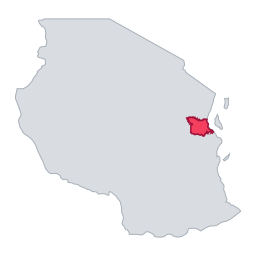 Bagamoyo, Pwani, United Republic of Tanzania shown in context
{"feature_id": "72390352B29680200356010", "entity_name": "Bagamoyo", "entity_type": "district", "adm_level": 2, "iso_a3": "TZA", "parent_name": "United Republic of Tanzania", "parent_adm1": "Pwani", "projection": "mercator", "projection_center": [38.556, -6.309], "detail": "fine", "context": "in_parent", "style": "filled", "palette": "rose", "viewbox_px": 256, "rotation_deg": 0, "n_neighbors": 0, "source": "geoboundaries", "source_scale": "gbopen_adm2", "svg_char_len": 7648}
<svg xmlns="http://www.w3.org/2000/svg" viewBox="0 0 256 256"><path d="M88.1,189.7L84.8,188.0L81.8,186.9L79.3,185.8L78.2,184.6L75.9,184.2L74.0,184.0L72.1,182.9L68.3,182.5L67.9,181.8L67.8,180.2L67.2,179.8L65.8,179.4L64.3,179.4L63.4,179.6L62.9,179.5L61.7,178.6L60.5,177.4L60.1,175.5L58.3,174.3L56.4,173.4L50.8,173.5L49.9,173.2L48.6,172.2L47.1,170.6L45.8,168.8L44.7,166.4L43.6,163.1L37.3,149.9L36.6,147.5L35.4,144.7L33.3,141.3L31.2,138.8L28.3,136.5L25.0,134.3L23.2,132.7L19.8,126.6L19.1,123.7L18.5,120.7L18.7,119.5L20.9,115.6L21.1,114.6L20.8,113.1L19.8,110.0L18.5,106.3L15.8,99.5L15.4,97.8L15.4,96.5L17.0,89.7L17.0,88.7L23.3,88.8L28.0,85.8L32.0,81.3L32.8,79.5L34.5,76.6L36.1,75.1L36.7,74.1L37.6,71.3L39.8,69.3L41.8,67.8L41.4,66.8L41.7,66.4L42.8,65.6L45.0,64.9L45.5,63.4L45.4,61.7L45.1,60.7L45.2,59.6L44.8,59.0L43.4,58.9L41.3,58.0L39.5,57.7L38.3,57.2L37.8,56.8L37.6,55.8L38.6,53.1L37.6,52.1L39.8,47.7L40.2,47.2L41.0,47.1L42.3,46.7L43.5,46.4L44.5,46.6L45.2,46.4L45.8,45.9L46.3,44.5L46.8,42.0L46.5,40.0L45.6,38.4L45.4,36.1L45.8,32.9L45.5,30.3L44.5,28.1L43.4,26.9L41.8,26.3L39.3,23.1L38.6,21.5L38.7,20.5L39.6,20.1L41.1,20.3L42.6,19.9L44.0,19.0L45.4,18.8L46.1,18.9L109.5,18.9L183.6,60.3L183.9,60.8L184.5,64.3L184.4,65.5L183.2,67.6L182.9,68.7L182.9,69.4L183.2,69.7L184.1,69.8L185.0,70.3L185.3,70.7L185.9,72.2L186.7,73.0L214.9,93.3L215.5,93.6L215.1,95.3L213.5,99.5L213.4,101.2L212.8,103.2L212.2,104.6L210.6,110.4L209.2,112.6L207.4,117.7L207.1,121.6L208.1,124.4L208.5,126.9L210.7,129.5L212.4,130.4L213.6,131.5L215.7,134.1L216.9,136.8L220.6,138.1L222.1,141.0L221.5,143.1L219.8,144.8L218.2,147.5L216.9,151.1L216.8,156.6L217.7,155.8L219.7,157.1L220.0,161.2L217.9,165.9L217.3,168.1L217.2,170.0L218.7,175.7L220.9,178.6L220.8,179.5L220.2,180.2L224.0,185.3L223.7,189.8L225.1,193.2L225.8,196.3L226.7,198.6L226.9,200.1L225.7,201.9L228.5,202.4L230.2,203.8L230.9,205.2L233.0,205.1L234.1,206.1L235.6,206.8L239.1,209.2L240.1,210.3L240.6,211.4L231.0,218.8L227.6,220.7L225.1,221.5L222.4,222.0L219.9,223.2L217.5,225.0L214.5,225.9L210.8,225.9L206.9,227.2L200.8,231.0L197.2,228.9L194.4,228.2L191.2,228.3L189.2,228.5L188.5,229.0L187.9,230.3L187.4,232.4L185.3,234.4L181.6,236.4L178.1,237.1L175.0,236.6L172.9,235.8L171.8,234.7L170.2,234.2L168.0,234.2L166.0,235.1L164.0,236.6L160.9,237.2L156.6,237.0L154.2,236.3L153.9,235.0L152.0,233.5L148.6,231.8L146.0,231.8L144.4,233.4L142.9,234.5L141.6,234.9L140.4,234.9L138.6,234.5L133.8,234.3L129.3,234.4L128.9,232.0L127.9,230.6L127.1,229.7L125.6,229.5L125.1,228.8L124.6,227.4L123.9,226.1L122.8,225.1L122.2,224.1L122.0,223.2L122.2,222.3L123.1,219.8L123.4,218.2L123.3,216.5L122.8,214.8L121.7,212.7L121.9,212.1L121.5,210.7L121.5,209.7L121.7,208.5L121.5,206.9L120.5,203.4L120.5,202.5L119.6,200.8L116.6,196.9L116.4,196.4L111.7,192.4L109.8,191.5L109.2,192.3L108.9,193.0L109.1,194.3L109.0,194.9L108.8,195.2L107.7,195.1L107.0,195.0L105.2,193.9L103.8,193.7L100.4,193.8L99.2,194.1L98.2,193.9L96.4,192.0L94.3,191.6L92.3,191.6L89.2,189.5L88.1,189.7ZM221.1,123.7L222.6,128.1L222.4,128.9L221.3,129.4L220.8,129.4L220.1,128.7L219.6,127.3L218.8,127.6L217.4,125.9L216.0,125.8L214.7,123.7L215.2,121.9L214.9,118.8L216.4,117.2L217.3,114.5L218.3,116.4L218.5,119.2L219.8,122.5L221.1,123.7ZM228.5,98.0L228.7,99.0L228.3,100.0L228.4,103.0L228.3,105.1L227.1,107.9L226.2,108.9L225.4,108.6L224.7,108.1L224.1,107.4L225.2,102.2L224.7,98.4L226.8,98.8L228.5,98.0ZM225.4,160.5L224.3,160.8L223.9,160.5L223.2,159.6L224.4,158.9L225.5,157.5L228.2,155.4L229.4,153.8L229.2,155.4L227.7,158.9L226.4,159.1L225.4,160.5Z" fill="#d9dde1" stroke="#a8b0b8" stroke-width="1"/><path d="M213.5,131.7L213.2,131.5L212.9,131.3L212.7,131.0L212.8,131.0L212.7,130.8L212.5,130.7L212.4,130.6L212.1,130.5L212.1,130.4L212.2,130.2L211.9,130.1L211.4,130.2L211.0,129.8L210.6,129.8L210.2,129.6L209.4,129.3L209.2,129.1L209.1,128.9L209.0,128.4L208.8,128.3L208.5,128.1L208.4,128.1L207.9,127.1L207.8,126.6L207.9,126.0L208.1,125.2L208.3,124.6L208.2,124.4L208.3,123.7L208.2,123.5L208.1,123.4L207.8,123.3L207.6,122.9L207.6,123.0L207.4,122.5L207.3,122.4L207.0,122.0L206.6,121.4L206.6,120.6L207.0,119.6L206.9,119.4L206.8,119.5L206.2,119.2L205.6,119.2L205.1,119.1L205.0,119.3L204.9,119.4L204.4,119.2L204.2,119.2L203.9,119.5L203.6,119.8L203.1,119.9L203.1,119.7L203.0,119.8L202.9,119.8L202.9,120.0L202.5,120.2L202.5,120.3L202.4,120.3L202.2,120.5L202.0,120.4L202.1,120.2L201.9,120.2L201.5,120.3L201.3,120.4L201.1,120.3L200.8,120.3L200.7,120.2L200.5,120.3L200.3,120.4L200.3,120.6L200.2,120.6L199.9,120.4L199.5,120.5L199.4,120.4L199.2,120.3L199.2,120.1L199.2,119.9L199.1,120.0L199.0,119.9L198.8,119.8L198.8,120.0L198.7,120.1L198.7,119.9L198.4,119.9L198.4,120.0L198.2,119.9L197.7,119.9L197.8,119.6L197.5,119.5L197.6,119.3L197.6,119.2L197.4,119.1L197.3,118.9L197.1,118.9L197.1,119.0L197.0,118.8L196.9,118.8L196.9,118.7L196.7,118.9L196.6,118.7L196.4,118.6L196.2,118.8L196.1,118.7L195.8,118.7L195.6,118.6L195.4,118.5L195.5,118.4L195.4,118.2L195.2,118.2L195.3,118.0L195.2,118.1L194.9,118.1L195.0,117.9L194.9,117.8L195.0,117.7L194.9,117.6L194.7,117.6L194.4,117.6L194.2,117.5L194.3,117.4L194.2,117.4L193.9,117.2L193.8,117.3L193.7,117.2L193.5,117.3L193.5,117.5L193.4,117.4L193.2,117.4L193.0,117.2L192.8,117.4L192.7,117.3L192.6,117.1L192.3,117.1L192.1,117.2L192.1,117.4L191.9,117.3L191.4,117.3L191.0,117.3L190.9,117.6L190.7,117.6L190.6,117.3L190.3,117.1L189.8,117.1L189.7,117.0L189.3,117.0L189.1,117.1L189.0,117.4L188.8,117.6L188.4,117.6L188.4,117.8L188.1,117.9L188.1,118.0L187.2,117.8L186.7,118.0L186.8,118.1L187.1,118.2L187.1,118.3L187.4,118.4L187.4,118.5L187.6,118.6L187.6,118.8L187.8,118.8L187.7,118.9L187.9,118.9L187.9,119.0L188.1,119.2L188.0,119.3L188.1,119.5L187.7,119.7L187.7,119.8L187.6,120.0L187.8,120.2L188.0,120.3L188.1,120.5L188.2,120.9L188.1,121.1L188.3,121.1L188.2,121.2L188.3,121.5L188.5,122.0L188.8,122.1L189.0,122.1L189.0,122.3L189.0,122.5L189.2,122.4L189.3,122.3L189.9,122.5L190.1,122.7L189.9,122.8L190.1,123.0L190.3,123.2L190.2,123.3L190.3,123.4L190.1,123.5L190.3,123.5L190.2,123.7L190.4,123.6L190.8,123.7L191.1,123.7L191.6,123.9L191.8,124.0L192.0,123.9L192.0,124.0L192.4,124.4L192.4,124.6L191.8,124.5L191.6,124.4L191.4,124.6L191.1,124.7L190.9,124.8L190.9,125.2L190.8,132.4L191.0,132.4L191.0,132.5L191.2,132.9L191.2,133.0L191.5,133.2L191.4,133.2L191.5,133.3L191.6,133.5L192.0,133.5L192.7,133.6L193.1,133.7L193.2,133.8L193.3,133.9L193.5,133.8L193.9,133.9L194.0,134.2L194.3,134.4L194.5,134.3L194.8,134.5L194.9,134.4L195.0,134.5L195.5,134.4L195.8,134.5L196.0,134.3L196.1,134.2L196.3,134.1L196.5,134.2L196.9,134.1L197.2,134.2L197.5,134.0L197.8,134.1L198.4,134.5L198.7,134.4L199.0,134.7L199.4,134.9L199.6,134.9L199.9,134.9L200.1,134.8L200.1,134.7L200.3,134.6L200.5,134.8L200.7,135.1L200.8,135.1L201.1,135.0L201.4,134.7L201.7,134.8L201.8,134.7L202.0,134.9L202.3,134.9L202.4,135.1L202.7,135.4L202.7,135.5L202.9,135.8L202.9,136.0L203.0,136.0L203.2,135.9L203.3,135.7L203.6,135.8L203.9,135.8L204.0,136.0L204.2,135.9L204.4,135.6L204.5,135.4L204.4,135.3L204.8,134.7L204.8,134.4L204.9,134.0L205.1,134.0L205.1,133.8L205.3,133.8L205.3,133.7L205.2,133.7L205.3,133.4L205.5,133.3L206.1,133.2L206.3,133.0L206.2,132.9L206.3,132.8L206.4,132.7L206.5,132.7L206.6,132.4L206.6,132.2L206.9,132.1L206.9,131.9L207.0,131.9L207.0,131.7L207.1,131.8L207.1,131.6L207.3,131.6L207.4,131.9L207.3,132.6L207.1,132.8L207.2,133.4L207.4,133.5L208.0,133.7L208.1,133.2L207.9,132.8L208.3,132.7L208.5,132.4L208.7,132.2L209.7,131.8L209.7,131.5L209.9,131.4L210.4,131.4L210.6,131.6L211.1,131.7L211.3,132.3L211.1,132.9L211.5,132.6L211.7,132.8L212.2,132.8L212.4,133.1L212.6,132.9L212.5,132.7L212.7,132.4L212.8,132.4L212.9,132.2L212.9,132.4L213.0,132.2L213.3,132.0L213.4,131.9L213.5,131.8L213.5,131.7Z" fill="#f43f5e" stroke="#9f1239" stroke-width="1.5"/></svg>